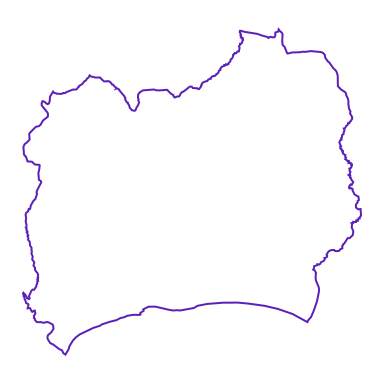 outline of Lumajang, Jawa Timur, Indonesia
{"feature_id": "22746128B76070527787319", "entity_name": "Lumajang", "entity_type": "district", "adm_level": 2, "iso_a3": "IDN", "parent_name": "Indonesia", "parent_adm1": "Jawa Timur", "projection": "orthographic", "projection_center": [113.148, -8.125], "detail": "fine", "context": "isolated", "style": "outline", "palette": "violet", "viewbox_px": 384, "rotation_deg": 0, "n_neighbors": 0, "source": "geoboundaries", "source_scale": "gbopen_adm2", "svg_char_len": 5776}
<svg xmlns="http://www.w3.org/2000/svg" viewBox="0 0 384 384"><path d="M349.4,123.1L349.6,121.9L350.8,121.1L352.3,118.5L351.8,116.3L350.0,113.5L350.5,111.5L349.1,108.8L348.4,104.4L348.4,100.7L347.8,98.3L346.2,95.3L346.0,93.6L345.3,92.2L341.0,89.5L337.9,86.2L337.7,75.4L336.7,72.2L335.6,70.3L333.3,68.2L329.5,62.8L327.6,61.1L325.2,57.6L324.9,55.0L322.8,52.7L320.3,52.0L310.9,51.1L304.8,51.9L302.5,51.7L300.5,52.2L292.0,52.5L287.9,53.5L287.2,53.3L284.4,46.6L282.6,44.9L282.2,40.6L282.6,34.5L282.1,33.1L281.2,32.0L280.3,31.6L278.7,29.4L278.1,31.6L275.4,32.5L275.2,35.8L274.5,37.2L272.9,37.4L270.3,36.8L268.6,38.0L268.0,37.7L267.8,37.1L261.2,35.3L257.5,33.9L244.3,31.8L241.2,30.8L239.9,30.9L239.7,32.2L240.7,33.4L240.5,34.2L240.9,34.7L240.5,35.5L241.1,35.9L240.8,37.5L242.4,37.8L242.2,38.7L242.8,38.7L243.1,40.1L242.3,41.2L242.0,42.8L241.3,43.6L240.0,43.7L240.0,44.9L238.9,46.3L239.6,47.8L238.9,51.4L237.3,51.6L236.2,53.2L234.7,53.0L234.2,54.2L233.8,54.1L233.2,54.7L232.7,57.3L231.9,58.6L230.6,59.5L230.4,61.3L228.6,63.1L228.4,64.1L227.3,64.2L226.9,64.9L225.8,64.3L225.3,65.1L224.3,65.0L224.4,65.9L221.9,66.7L220.1,69.1L220.4,70.0L218.8,70.8L218.6,72.3L217.6,73.6L216.4,73.9L216.2,74.7L214.7,76.0L213.6,75.9L213.2,76.3L212.2,76.4L210.6,78.1L210.8,78.7L208.4,79.4L207.3,81.0L204.2,81.8L202.5,82.9L201.9,83.5L201.8,84.9L201.2,85.2L200.9,86.8L199.0,89.1L197.7,88.8L197.3,88.3L192.8,88.0L191.8,86.7L189.6,86.7L184.3,91.0L181.3,92.6L179.2,96.4L177.3,96.5L174.6,97.5L173.5,96.1L173.4,95.1L170.9,93.7L167.1,89.8L159.6,90.4L156.5,90.3L153.7,89.5L142.9,90.4L139.7,92.4L138.2,94.4L138.0,96.3L138.1,98.4L138.6,99.2L138.3,100.4L139.1,102.2L138.1,105.2L136.6,107.4L135.5,110.2L134.8,110.8L132.1,110.3L129.7,107.7L129.2,105.4L127.8,103.4L127.9,102.8L126.6,102.0L125.1,99.3L125.4,98.1L124.5,97.0L124.5,96.4L119.5,90.5L119.2,89.6L117.0,88.3L116.2,88.6L116.4,88.3L115.9,87.5L113.9,85.9L113.2,84.7L111.9,84.4L111.3,83.2L109.5,81.5L107.4,81.0L106.9,81.4L104.1,81.4L101.7,79.4L100.2,77.5L95.2,77.5L90.9,76.4L89.6,75.4L88.7,77.4L87.2,78.4L85.7,80.7L84.7,81.0L82.2,84.1L79.2,85.9L78.5,87.3L77.9,87.4L77.1,88.8L76.2,89.5L72.8,89.6L66.0,92.3L65.1,93.1L63.2,93.0L62.7,93.5L60.7,93.9L56.9,93.7L53.8,92.6L53.1,91.6L50.0,96.6L49.7,101.1L48.9,103.6L47.3,104.1L44.7,102.0L43.0,101.1L42.4,101.3L41.6,103.6L41.8,105.6L47.6,112.7L48.0,114.4L47.8,116.7L43.0,120.5L40.7,124.5L39.3,126.0L35.7,126.9L29.7,133.0L29.2,134.2L29.6,139.6L27.2,142.2L24.6,144.2L23.4,146.9L24.0,154.3L24.5,155.4L26.0,156.8L27.5,161.4L31.9,161.7L34.9,164.5L39.4,164.9L39.7,165.3L39.3,169.2L38.4,172.9L38.9,179.8L40.8,181.0L41.3,182.2L37.0,190.6L36.5,192.3L37.1,193.7L35.3,199.2L33.6,200.6L30.8,205.4L30.2,208.7L29.6,209.3L28.7,209.0L28.0,211.4L26.0,213.0L25.8,213.7L25.6,215.6L26.2,217.5L25.7,221.3L26.5,224.8L26.4,227.0L25.8,227.5L26.6,228.6L26.4,230.0L27.4,231.3L26.8,232.1L27.4,232.5L27.2,233.4L28.2,235.4L27.6,235.6L27.5,236.1L28.4,238.3L28.0,239.7L29.7,241.7L30.1,245.6L31.5,247.6L31.5,250.1L31.9,251.5L31.4,253.4L32.7,256.5L32.2,259.5L34.3,262.3L33.5,265.6L35.0,267.8L35.0,269.6L35.9,271.3L37.4,272.9L38.2,275.1L37.9,276.0L38.2,277.8L37.6,278.0L38.0,279.7L37.3,280.0L38.0,281.2L37.2,281.9L37.2,283.7L36.4,285.1L36.3,286.5L34.0,289.8L32.6,289.6L31.4,290.7L29.0,296.2L29.7,298.4L29.0,299.1L26.9,298.2L26.5,296.4L25.5,295.7L25.3,294.5L24.6,294.3L23.4,292.8L23.0,293.5L23.8,295.0L23.5,296.0L24.3,296.8L24.5,298.9L25.6,301.1L26.2,303.2L28.0,303.8L28.5,304.9L27.6,308.3L30.1,308.2L31.9,311.7L32.6,311.9L34.0,310.6L34.8,310.6L35.4,313.4L33.9,316.0L33.9,317.9L34.8,318.5L34.8,319.7L36.5,321.9L37.5,322.2L40.9,322.1L43.6,322.8L47.0,322.0L48.9,322.5L52.6,324.5L53.2,325.9L53.5,328.8L51.5,332.0L47.9,335.3L47.4,337.4L47.9,339.4L50.3,343.2L53.1,344.4L58.9,348.9L62.1,350.4L63.3,353.1L65.4,354.6L68.4,349.7L69.7,345.7L73.0,340.4L75.9,337.3L79.6,334.5L93.3,327.9L100.1,325.7L101.6,324.5L109.4,321.9L116.6,320.1L120.3,318.1L124.6,317.1L127.1,315.8L133.3,314.8L139.9,314.9L140.5,314.5L140.1,313.6L140.5,312.8L143.6,310.9L143.2,309.4L148.5,306.7L155.7,306.7L169.8,310.0L173.2,310.5L177.1,310.2L180.0,310.5L193.9,308.0L197.5,305.8L207.5,303.9L223.2,302.7L237.9,302.6L248.5,303.6L264.4,305.8L277.8,308.9L292.6,314.0L307.4,322.1L308.3,320.1L311.0,317.1L313.8,310.6L317.0,301.2L318.8,292.3L319.1,289.6L318.7,287.1L315.8,280.1L315.6,276.6L316.0,272.9L314.6,270.3L313.2,269.6L313.9,268.4L314.2,266.2L317.3,265.1L317.4,264.2L319.1,264.6L320.4,263.6L320.9,262.3L323.9,260.8L324.7,259.3L324.5,258.0L325.4,258.0L327.1,256.7L327.1,255.6L326.5,254.7L328.5,251.5L330.8,250.2L332.2,250.0L334.2,250.0L334.7,250.8L336.2,251.2L339.2,250.8L340.0,249.5L342.4,248.3L342.2,246.0L342.8,245.6L343.0,244.4L344.2,243.6L347.7,238.1L349.6,238.1L352.8,235.1L353.3,231.3L351.7,227.4L352.1,224.2L351.5,223.1L353.2,222.9L353.2,221.8L356.0,222.0L356.2,220.6L357.7,220.8L357.5,219.7L358.3,219.6L358.7,218.3L359.7,218.4L359.8,217.3L361.0,215.7L360.6,209.0L358.4,209.4L356.0,207.6L355.9,205.2L356.3,204.1L357.7,202.3L357.6,201.1L358.9,200.0L358.4,196.5L357.2,196.1L354.4,194.3L352.5,190.2L352.6,188.9L351.3,188.2L350.6,188.4L350.1,187.8L349.4,188.3L348.9,187.5L349.8,185.3L350.8,184.4L351.7,184.9L353.2,182.1L351.5,179.8L350.9,178.0L350.0,177.7L349.7,175.8L348.6,175.0L349.2,174.7L350.2,175.1L349.8,173.2L350.5,171.9L349.5,170.6L349.9,169.5L349.4,168.6L351.0,167.8L351.7,166.2L351.2,165.1L352.0,164.9L352.0,164.3L350.7,163.1L348.6,163.0L349.2,161.7L348.8,160.9L347.5,161.2L347.1,160.4L345.2,159.1L346.0,157.7L345.4,157.4L345.1,155.7L345.4,155.1L343.1,153.7L343.0,152.0L342.3,151.7L342.8,150.8L341.6,150.1L341.7,149.3L340.3,148.5L340.2,146.7L341.1,146.5L339.3,142.4L340.3,140.2L341.6,139.6L341.1,138.3L342.0,137.3L342.0,135.2L343.6,134.0L343.6,132.6L344.5,130.3L343.8,128.5L344.9,128.3L346.2,126.1L347.9,124.5L348.0,123.2L349.4,123.1Z" fill="none" stroke="#5b21b6" stroke-width="2"/></svg>